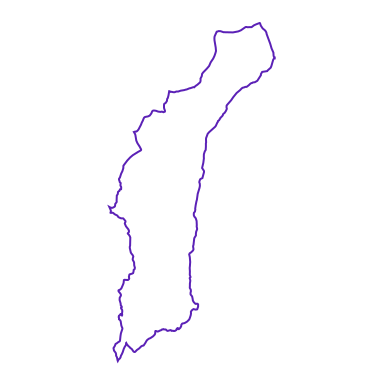 the district of Páramo, Santander, Colombia
{"feature_id": "7082276B4805358914632", "entity_name": "Páramo", "entity_type": "district", "adm_level": 2, "iso_a3": "COL", "parent_name": "Colombia", "parent_adm1": "Santander", "projection": "robinson", "projection_center": [-73.178, 6.414], "detail": "fine", "context": "isolated", "style": "outline", "palette": "violet", "viewbox_px": 384, "rotation_deg": 0, "n_neighbors": 0, "source": "geoboundaries", "source_scale": "gbopen_adm2", "svg_char_len": 6017}
<svg xmlns="http://www.w3.org/2000/svg" viewBox="0 0 384 384"><path d="M197.2,309.3L198.1,306.7L198.1,304.4L197.6,303.8L196.6,303.7L196.1,303.9L195.4,303.8L193.8,302.2L192.9,300.6L192.6,298.6L192.1,296.4L190.6,294.5L190.5,293.0L190.9,291.3L190.8,290.0L190.7,289.5L189.9,288.2L189.8,287.8L189.9,285.2L189.9,283.6L190.3,280.8L190.1,279.5L189.7,278.3L189.8,277.8L190.4,277.3L190.5,277.0L189.8,274.9L189.9,271.4L189.7,267.9L189.9,266.2L190.2,262.0L189.8,257.1L189.2,254.4L189.7,253.3L191.2,252.3L192.9,250.6L193.2,250.1L193.5,249.2L193.1,246.7L193.2,245.7L193.5,244.9L194.2,238.6L194.4,237.9L195.9,235.5L195.9,233.5L196.2,231.6L197.1,229.3L197.1,228.6L196.7,226.6L196.7,225.9L196.8,225.3L196.6,221.0L195.8,218.4L195.1,217.4L194.5,216.8L194.0,215.8L193.8,215.1L193.8,213.5L194.0,212.7L194.4,212.3L195.0,211.4L195.1,210.8L195.3,209.6L195.2,208.6L195.7,205.1L196.4,201.5L196.9,199.7L197.7,193.9L199.5,187.9L199.9,185.9L199.8,183.7L199.3,182.4L199.4,181.4L200.1,179.4L200.5,179.0L202.4,178.1L204.0,172.1L204.0,171.4L203.9,170.8L202.1,168.0L203.3,162.9L203.9,158.3L203.8,156.9L203.9,154.2L204.8,151.3L205.5,150.3L205.7,149.8L205.9,146.6L205.9,143.3L206.1,142.5L206.0,139.2L206.1,138.1L207.7,133.8L209.1,132.2L215.1,126.8L215.8,125.9L217.3,122.6L217.7,122.2L217.9,121.4L218.1,120.9L218.8,120.5L219.2,120.1L219.5,119.3L220.2,118.6L220.3,118.0L222.3,116.0L222.8,115.3L223.0,114.4L223.4,113.8L224.5,113.0L225.7,111.3L226.7,109.2L226.8,108.6L226.5,107.2L226.6,105.7L227.1,104.9L231.1,100.3L233.3,97.1L236.6,93.0L240.1,90.1L241.4,88.7L242.5,87.8L244.1,87.4L245.3,86.9L246.6,86.9L248.7,85.3L250.5,83.6L251.4,83.1L252.3,82.9L252.8,82.5L254.9,82.2L257.3,80.8L260.9,75.2L260.9,74.1L262.2,71.9L267.2,71.1L267.7,70.4L270.7,67.7L271.4,66.0L273.0,60.4L273.3,59.5L274.1,58.4L274.7,58.4L274.7,57.4L274.1,57.3L273.6,55.8L273.4,52.6L271.6,48.5L270.2,43.7L266.7,34.2L266.3,32.4L265.6,31.1L264.6,30.0L263.2,28.9L262.5,28.2L260.8,25.6L260.0,23.2L259.6,23.0L256.2,24.3L254.0,25.3L251.6,27.1L247.3,27.2L246.6,27.0L245.8,27.0L245.2,27.3L240.9,30.3L238.3,31.4L233.0,32.4L223.5,32.2L220.6,31.2L219.6,31.1L218.4,31.1L217.4,31.6L216.7,31.7L214.6,36.4L214.4,38.0L214.5,40.4L215.7,47.5L216.0,51.0L215.4,53.2L214.5,55.8L213.2,58.6L210.7,62.3L209.1,66.0L206.8,68.7L203.1,72.5L202.1,73.9L201.9,75.3L201.7,76.3L200.5,78.6L200.6,80.2L200.4,81.6L200.0,82.4L197.4,84.7L195.5,86.0L194.2,87.3L193.5,87.1L190.3,88.2L189.5,88.3L186.6,89.5L185.8,89.6L184.2,90.1L180.6,90.7L178.3,91.5L176.4,91.5L174.7,92.2L173.3,92.2L171.5,91.8L170.6,91.9L169.8,91.3L169.2,91.2L168.5,95.3L167.8,98.0L167.3,98.6L167.1,99.4L166.9,101.0L165.7,102.9L164.3,103.8L164.0,104.8L164.0,107.5L164.2,108.6L164.9,110.5L165.0,111.2L164.8,111.7L163.4,112.2L161.9,111.6L160.6,111.9L158.2,111.6L156.0,110.8L154.8,110.6L153.9,110.5L152.9,110.7L152.2,111.3L151.3,113.5L149.7,115.6L148.0,116.4L145.4,116.9L144.6,117.2L144.1,117.7L143.7,118.4L142.8,120.7L141.8,122.6L141.0,124.7L138.5,129.5L137.4,130.8L136.5,131.5L135.1,131.6L133.9,132.0L135.1,134.1L135.4,135.1L136.3,140.6L137.5,143.3L139.7,146.7L141.1,149.4L141.1,149.9L140.9,150.3L140.1,150.8L137.9,152.0L132.8,155.2L130.2,157.4L127.3,160.5L124.0,164.9L123.4,165.8L123.3,168.2L122.3,171.4L121.8,172.3L121.1,173.8L119.9,177.6L119.1,178.6L119.0,179.7L119.4,180.7L119.8,182.2L120.7,183.1L120.4,185.2L120.6,185.9L121.1,186.8L121.2,187.7L121.1,189.2L120.8,189.4L120.0,189.4L119.3,191.0L118.9,191.1L118.0,192.0L117.8,194.0L116.8,195.6L116.6,200.9L116.7,201.8L116.5,202.3L115.3,203.8L115.0,206.1L114.6,206.7L113.2,207.5L112.4,207.8L111.3,207.8L110.4,207.5L109.3,206.9L110.7,210.1L110.9,211.1L110.5,212.7L110.9,212.9L112.5,212.7L113.4,213.1L114.6,214.2L117.4,215.6L118.2,216.9L119.1,217.5L121.0,218.3L123.2,218.4L123.6,218.8L125.4,221.0L125.5,221.7L125.4,222.1L125.0,222.7L124.8,223.6L126.0,226.4L128.4,229.4L129.0,231.0L128.9,232.0L127.8,233.3L128.1,234.0L128.8,234.6L129.8,236.2L130.3,237.5L130.1,245.7L129.8,246.7L129.8,248.0L130.8,252.5L131.3,253.4L132.6,255.0L133.2,256.2L133.3,256.6L132.8,258.4L132.7,259.7L133.0,260.4L133.7,261.5L134.1,262.6L134.2,265.3L134.9,267.8L134.6,269.1L133.7,269.9L133.5,271.7L133.1,273.1L132.2,273.6L129.8,274.3L129.4,274.6L128.9,276.8L129.2,278.4L129.0,279.1L128.1,279.9L127.7,280.0L124.5,279.8L123.9,280.1L123.6,282.9L123.1,284.4L121.4,288.3L120.6,289.2L119.9,289.7L118.7,290.2L118.5,290.4L118.6,291.4L120.4,293.6L120.9,294.7L120.9,295.6L119.7,297.8L119.6,300.0L120.6,303.4L120.8,305.4L121.6,306.4L121.8,307.0L121.6,307.6L121.1,307.6L121.0,307.8L121.0,308.0L121.4,308.9L122.1,309.8L122.3,311.1L122.0,313.8L122.2,314.9L121.9,315.5L121.7,315.4L121.1,314.0L120.6,314.0L119.5,315.5L119.0,315.7L118.8,316.3L118.7,317.2L119.0,317.9L119.0,319.3L119.8,319.9L120.3,320.5L120.7,321.4L121.3,325.4L121.8,326.9L122.3,327.9L122.4,328.8L120.9,333.4L120.5,335.9L120.0,340.6L119.7,341.3L118.0,342.3L116.8,343.3L115.6,343.9L114.8,346.0L113.5,348.1L114.0,350.6L115.6,352.7L115.9,353.5L116.1,354.4L116.1,355.7L117.0,357.4L117.6,360.5L117.8,361.0L118.6,359.5L119.8,358.5L120.5,357.4L120.9,355.8L121.8,354.2L122.7,352.2L123.8,348.8L124.7,346.9L125.8,345.2L126.0,344.6L126.1,343.0L126.2,342.9L126.6,343.8L128.1,345.8L129.7,347.2L130.5,348.2L131.3,348.6L131.9,349.2L133.4,351.4L134.1,351.9L134.6,352.0L135.2,351.8L136.9,350.0L139.1,348.5L141.3,346.3L142.5,345.7L143.3,345.6L143.7,345.4L145.3,343.0L146.6,340.7L147.4,339.8L148.9,338.7L150.4,338.1L153.1,336.3L154.8,334.5L155.2,333.3L155.3,331.3L155.5,331.0L156.0,331.0L157.4,331.5L157.9,331.5L158.5,331.3L159.9,330.6L161.1,330.2L161.7,329.6L162.7,329.5L163.2,329.1L163.9,329.4L165.7,329.5L166.2,329.8L166.6,330.4L167.7,330.9L170.4,330.1L170.8,330.1L171.3,330.7L171.7,330.9L172.0,330.9L172.8,330.7L173.7,331.0L174.2,331.0L174.9,330.9L176.2,330.1L176.6,329.3L176.7,328.9L177.5,328.1L178.0,328.2L178.3,329.1L178.9,329.1L180.4,327.7L181.2,326.1L181.3,324.9L182.1,323.7L182.5,323.5L184.2,323.2L185.3,322.7L187.1,321.6L189.2,319.5L189.8,318.0L190.7,315.3L191.0,313.5L190.9,311.8L191.4,310.9L192.3,309.9L193.5,309.1L195.6,309.6L196.5,309.5L197.2,309.3Z" fill="none" stroke="#5b21b6" stroke-width="2"/></svg>